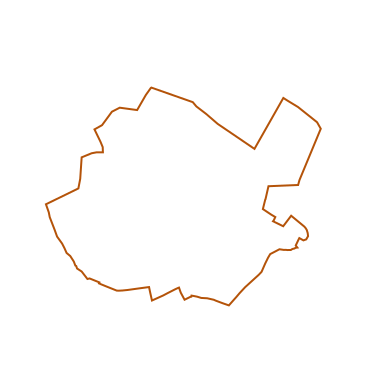 Katsina, Katsina, Nigeria, rotated 28°
{"feature_id": "59680162B91304502238334", "entity_name": "Katsina", "entity_type": "district", "adm_level": 2, "iso_a3": "NGA", "parent_name": "Nigeria", "parent_adm1": "Katsina", "projection": "mercator", "projection_center": [7.634, 13.019], "detail": "fine", "context": "isolated", "style": "outline", "palette": "amber", "viewbox_px": 384, "rotation_deg": 28, "n_neighbors": 0, "source": "geoboundaries", "source_scale": "gbopen_adm2", "svg_char_len": 1545}
<svg xmlns="http://www.w3.org/2000/svg" viewBox="0 0 384 384"><g transform="rotate(28 192 192)"><path d="M68.8,271.4L75.1,277.2L78.2,281.0L88.5,289.9L93.8,294.7L101.5,298.5L105.8,301.5L109.9,304.7L114.6,305.7L120.3,308.9L123.5,311.7L124.5,311.7L126.4,313.5L131.9,314.0L140.5,317.9L142.2,316.4L152.7,315.3L152.8,316.4L159.8,315.7L171.8,314.4L173.5,313.6L176.7,311.7L181.2,308.7L189.9,302.4L198.7,296.1L202.1,300.2L207.6,306.6L215.2,296.8L217.9,292.8L221.2,288.1L222.8,285.8L224.7,283.3L225.4,282.5L227.3,284.3L229.4,286.2L236.0,290.6L240.2,284.8L240.5,284.7L240.2,283.7L242.7,282.9L245.7,282.0L249.9,281.2L255.3,278.7L261.9,276.9L263.8,276.8L271.4,275.8L277.8,274.8L279.7,266.9L280.4,264.1L281.5,259.0L283.6,251.1L289.8,233.8L290.9,229.8L290.2,220.7L290.0,214.3L290.2,210.1L292.9,206.2L296.1,201.5L300.3,200.0L302.1,199.0L303.6,198.4L306.5,196.8L307.0,195.8L307.7,194.9L308.9,193.9L309.7,192.6L311.1,191.6L308.7,190.5L308.4,183.8L308.4,182.3L313.1,182.4L315.1,180.2L315.2,176.5L313.4,173.9L311.1,171.6L309.2,170.5L307.4,169.8L290.7,166.4L288.6,179.4L277.3,179.8L277.5,178.5L277.3,175.0L272.7,174.8L262.6,173.8L260.2,164.2L260.3,163.9L256.8,151.0L282.4,136.0L281.3,131.1L276.0,75.7L269.7,71.7L253.7,68.7L245.7,67.2L233.6,66.5L228.5,66.1L226.9,124.6L182.7,119.8L167.7,116.4L155.7,114.4L150.5,112.3L107.1,118.9L106.8,119.5L105.7,127.9L105.1,145.4L88.6,151.5L83.6,158.7L81.2,175.2L76.5,182.5L87.6,190.6L92.1,194.3L94.7,198.8L89.2,201.7L85.2,204.9L78.3,213.2L87.1,232.8L90.0,242.2L68.8,271.4Z" fill="none" stroke="#b45309" stroke-width="2"/></g></svg>